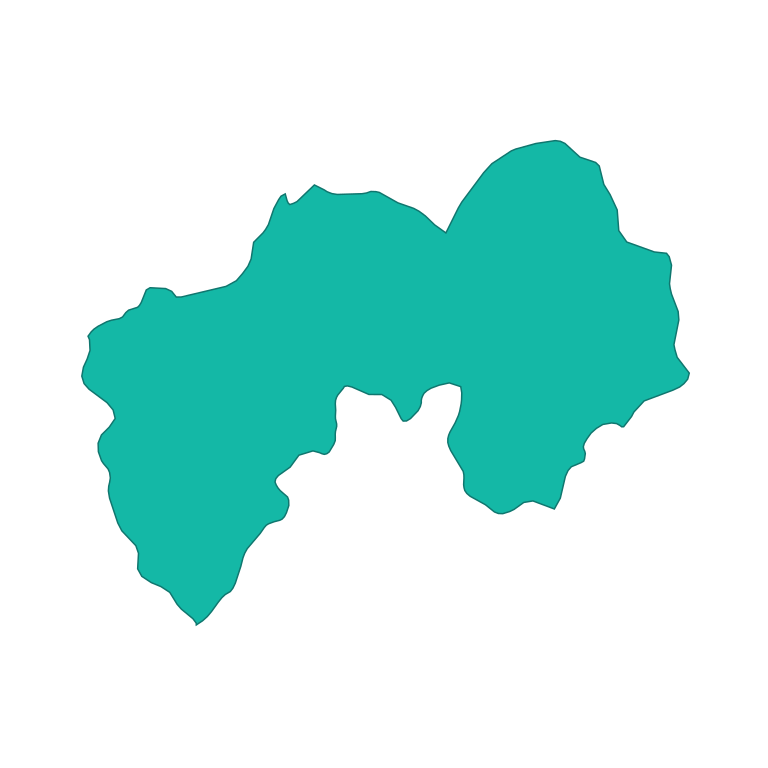 map outline of Nuristan (Equal Earth projection), rotated 189°
{"feature_id": "AFG-1761", "entity_name": "Nuristan", "entity_type": "Province", "adm_level": 1, "iso_a3": "AFG", "parent_name": "Afghanistan", "parent_adm1": "", "projection": "equal_earth", "projection_center": [70.816, 35.467], "detail": "fine", "context": "isolated", "style": "filled", "palette": "teal", "viewbox_px": 768, "rotation_deg": 189, "n_neighbors": 0, "source": "natural_earth", "source_scale": "10m", "svg_char_len": 3249}
<svg xmlns="http://www.w3.org/2000/svg" viewBox="0 0 768 768"><g transform="rotate(189 384 384)"><path d="M531.7,116.7L532.1,118.5L536.0,122.3L548.9,129.9L553.9,134.1L563.0,144.7L572.6,149.0L582.7,151.4L593.1,156.1L598.4,162.9L600.0,178.4L603.8,185.5L620.0,198.0L625.2,205.1L637.2,228.3L639.5,235.3L639.9,240.0L639.6,244.1L639.6,248.4L641.2,253.7L643.3,257.0L648.6,261.5L651.0,264.1L655.5,272.4L657.1,280.8L655.1,289.5L648.6,298.4L644.1,307.9L647.5,316.0L654.7,322.3L674.5,332.7L680.3,337.5L683.7,344.5L683.5,353.6L681.1,362.2L679.6,371.2L681.8,381.7L683.8,384.9L681.3,389.8L678.9,393.0L675.3,396.4L667.6,402.1L663.1,404.4L655.7,407.1L652.7,409.3L650.2,414.1L647.8,417.0L639.4,421.2L637.8,423.4L636.5,426.6L633.5,439.7L630.1,442.5L614.6,444.1L608.2,442.3L602.8,437.4L597.9,438.2L555.3,455.7L546.0,462.9L541.0,470.9L536.8,479.0L534.8,486.6L534.9,503.6L527.1,514.4L525.2,518.0L523.1,523.3L520.2,540.1L516.9,549.6L515.1,553.4L511.3,556.3L508.4,549.9L506.9,547.7L505.1,546.5L501.6,548.3L498.5,550.5L483.9,569.7L473.2,566.3L470.3,565.0L465.2,563.9L459.8,563.9L435.5,568.5L431.2,569.9L427.1,572.1L422.2,572.7L418.6,572.5L398.6,565.1L382.1,562.1L376.4,560.1L369.5,556.5L358.9,549.1L346.5,542.9L338.1,569.6L335.6,575.9L318.6,608.3L311.9,618.5L294.8,634.1L290.6,636.7L271.6,645.3L252.9,651.2L247.8,651.3L242.9,649.9L226.0,638.7L209.6,635.9L205.5,633.0L198.1,615.5L190.3,606.4L180.9,592.4L176.1,572.2L166.4,562.2L137.7,556.7L125.4,557.3L122.2,554.3L118.6,546.3L117.7,527.7L116.2,522.9L114.1,517.8L104.8,501.6L102.8,493.4L103.8,468.2L102.0,463.4L98.6,456.2L84.2,442.5L84.8,436.3L87.8,431.3L91.5,427.3L97.7,423.1L124.4,408.0L132.8,395.4L134.4,390.6L140.6,379.3L142.5,378.9L144.5,380.0L148.1,381.3L153.2,381.1L161.5,378.3L167.3,373.4L171.8,367.9L174.9,361.8L176.9,356.7L177.3,353.2L176.5,350.9L175.2,349.0L174.3,346.8L174.2,341.4L174.7,339.0L177.1,337.1L186.0,331.6L188.7,327.3L190.4,321.1L192.0,298.8L196.2,287.2L218.6,291.8L227.4,288.9L235.9,280.5L239.9,277.7L246.4,274.5L250.8,274.0L254.9,274.9L264.9,280.6L281.4,286.6L285.0,288.8L287.5,291.4L288.7,294.0L289.6,297.0L290.3,303.6L290.9,306.8L292.1,310.1L307.7,328.7L310.3,332.8L311.8,336.2L312.4,340.1L312.1,343.6L311.3,346.9L307.7,356.6L305.6,364.5L305.0,368.7L304.7,376.4L304.9,380.5L305.8,387.4L307.8,393.4L319.7,395.3L329.3,391.5L336.9,387.2L340.5,384.2L343.0,381.1L343.9,378.6L344.5,376.1L344.6,373.7L344.2,371.3L344.6,367.4L346.2,362.9L352.4,354.0L356.0,351.0L359.3,350.4L361.6,352.4L368.9,362.7L374.5,369.1L384.5,373.3L397.2,371.3L415.2,376.0L419.9,376.4L422.7,375.4L423.6,373.3L427.9,365.9L428.8,363.4L429.3,360.2L429.0,356.8L427.6,350.5L427.0,344.7L426.5,342.1L424.5,337.1L424.1,334.7L424.5,329.5L424.3,326.7L423.7,323.4L423.3,320.4L424.2,316.4L427.5,308.3L429.6,306.2L431.9,305.2L434.3,305.4L436.9,306.1L443.7,306.8L456.9,300.4L463.7,287.2L474.0,277.1L476.1,273.5L476.3,270.1L474.6,267.3L472.4,264.7L469.9,262.5L461.6,257.3L460.0,254.4L459.0,249.1L460.2,241.7L461.6,237.4L463.5,234.6L465.6,233.1L470.9,230.8L476.1,227.9L478.2,226.1L479.8,223.5L482.9,217.1L493.3,200.0L495.1,195.1L496.1,190.3L496.9,181.5L499.7,164.0L501.3,158.7L503.3,155.0L507.9,151.2L510.7,147.6L513.6,142.5L518.8,132.2L522.2,126.6L526.2,121.7L531.7,116.7L531.7,116.7Z" fill="#14b8a6" stroke="#0f766e" stroke-width="1.5"/></g></svg>